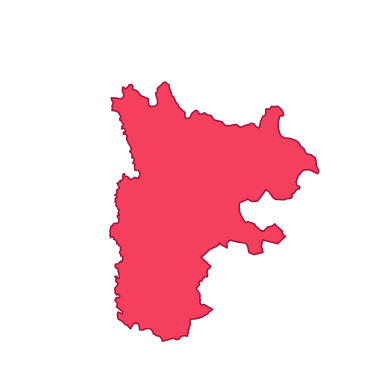 outline of Mouhoun, Mou Houn, Burkina Faso, rotated 332°
{"feature_id": "67063806B95698273817509", "entity_name": "Mouhoun", "entity_type": "district", "adm_level": 2, "iso_a3": "BFA", "parent_name": "Burkina Faso", "parent_adm1": "Mou Houn", "projection": "natural_earth1", "projection_center": [-3.46, 12.237], "detail": "fine", "context": "isolated", "style": "filled", "palette": "rose", "viewbox_px": 384, "rotation_deg": 332, "n_neighbors": 0, "source": "geoboundaries", "source_scale": "gbopen_adm2", "svg_char_len": 6019}
<svg xmlns="http://www.w3.org/2000/svg" viewBox="0 0 384 384"><g transform="rotate(332 192 192)"><path d="M289.7,238.1L287.7,235.4L288.6,231.9L293.3,227.8L299.6,225.1L301.5,225.3L305.9,227.3L311.4,234.7L313.1,233.9L313.9,232.8L314.2,227.1L316.3,222.2L316.7,220.2L316.5,218.8L314.3,214.6L311.3,212.4L310.7,210.3L311.2,206.9L309.6,202.6L309.4,198.5L308.0,195.4L303.8,190.7L299.0,187.6L297.6,185.3L296.8,183.0L298.1,176.3L300.8,170.8L303.6,168.0L304.2,166.5L305.8,166.4L308.1,167.5L309.4,166.6L309.9,162.9L309.6,160.8L308.3,157.1L306.9,155.8L305.1,155.7L302.5,153.8L301.8,153.8L299.5,155.3L297.1,153.7L296.1,153.7L295.5,154.1L294.5,156.5L293.1,158.2L291.5,158.7L289.6,158.5L287.3,160.8L285.9,161.5L282.4,166.1L280.9,166.6L279.3,164.2L278.5,160.7L276.7,159.1L273.6,159.1L270.0,158.0L266.5,158.1L264.2,156.6L263.6,154.3L262.7,153.0L255.9,150.9L253.7,149.7L252.4,148.4L251.5,144.1L245.3,138.7L244.7,133.2L242.0,131.5L240.2,127.9L237.0,127.8L235.7,127.0L235.0,125.2L235.0,123.1L234.2,122.0L232.9,121.7L229.2,122.3L224.6,125.4L222.1,124.6L221.3,123.7L221.1,122.4L223.1,118.4L220.4,111.1L220.7,108.6L219.9,104.3L220.5,99.9L219.4,97.0L220.4,94.0L220.4,91.9L221.2,88.1L222.1,86.7L220.4,83.6L220.0,82.2L216.7,82.2L214.9,83.2L211.5,83.7L210.0,84.3L208.7,87.0L208.1,87.5L206.8,87.3L206.3,87.6L205.3,90.7L204.7,94.5L203.2,97.5L201.8,98.5L199.2,98.8L195.9,97.1L194.8,95.6L195.2,93.3L197.2,89.0L192.3,83.2L190.9,76.8L188.1,73.5L188.1,72.6L189.6,70.7L189.1,68.7L187.0,67.8L185.4,69.0L181.7,69.6L181.3,69.3L180.9,67.5L180.3,66.9L178.3,69.1L177.6,73.0L176.9,74.9L174.8,76.6L172.5,76.1L167.8,72.4L166.4,72.1L165.1,71.0L164.3,72.8L164.4,76.3L163.3,77.0L162.7,78.2L161.7,78.4L160.7,81.1L159.6,82.3L159.8,82.8L161.4,83.4L164.6,87.1L164.2,88.9L164.7,91.3L164.5,92.0L162.4,93.5L162.1,94.3L162.1,94.9L162.9,95.8L162.7,97.3L163.3,100.3L161.0,101.1L159.5,103.2L159.8,103.6L160.5,103.2L161.3,103.4L162.1,104.6L162.1,105.9L161.2,107.9L160.8,108.0L160.2,107.1L158.9,107.6L158.7,109.0L160.4,109.9L161.1,111.1L160.9,112.4L160.1,113.0L158.8,115.3L159.1,117.1L158.6,118.6L159.1,123.0L158.6,124.0L158.6,125.8L157.6,126.6L156.4,126.6L155.9,127.2L156.6,128.4L156.7,131.0L156.2,132.1L155.3,132.6L155.0,133.7L156.0,133.9L156.5,134.7L156.1,136.5L154.2,137.8L153.3,139.0L154.8,140.6L153.0,142.6L152.0,145.3L151.9,145.9L154.8,147.9L155.0,149.9L153.7,152.6L151.7,153.8L151.5,154.9L151.1,155.1L148.1,152.0L145.9,152.6L143.6,152.3L143.6,151.5L142.7,150.8L142.8,149.3L141.9,147.6L141.3,147.5L140.4,146.6L140.8,144.3L139.9,143.7L138.3,145.3L137.9,146.6L136.5,148.4L135.3,148.6L134.0,148.1L134.1,148.7L133.5,149.4L132.3,148.9L129.9,149.3L130.2,150.2L129.6,152.4L130.0,154.1L129.8,154.4L126.7,154.8L125.7,155.9L125.9,157.3L125.2,157.5L124.7,158.2L123.2,158.1L122.4,158.5L123.3,159.6L123.6,160.7L122.8,161.8L121.7,161.4L121.0,161.8L120.7,163.5L119.4,164.4L119.9,165.8L119.8,166.5L118.4,168.2L119.0,170.5L118.5,172.2L119.1,172.8L119.3,173.7L116.7,176.0L117.1,178.0L116.9,178.7L115.6,177.8L114.7,178.1L114.4,179.7L115.1,181.0L113.7,183.3L112.6,184.5L110.2,184.1L108.5,183.1L107.3,183.4L106.3,184.4L104.3,184.2L100.7,188.7L100.5,191.0L99.1,191.5L98.7,194.0L99.9,193.9L101.4,195.3L100.7,196.7L102.4,199.5L101.3,202.2L102.2,202.8L102.2,204.4L103.2,206.6L103.2,207.2L102.1,208.3L102.3,209.5L100.3,210.6L99.4,211.9L99.9,214.1L99.0,214.9L100.4,216.3L100.5,217.2L99.4,218.0L98.7,219.8L97.2,221.0L96.6,220.5L97.0,219.8L96.7,219.5L93.1,220.7L90.4,219.8L89.5,220.9L89.1,222.2L89.3,223.9L90.7,224.8L89.6,227.3L88.3,232.5L87.4,233.5L86.3,233.5L85.8,232.7L85.9,231.3L85.5,230.6L84.2,230.6L84.6,231.8L84.4,232.9L82.6,235.3L83.8,237.3L83.7,237.7L82.2,239.4L79.0,240.5L78.1,241.6L78.0,243.0L76.7,244.9L76.9,247.2L77.5,247.7L78.7,247.4L79.3,247.7L79.1,249.0L79.4,249.9L77.9,251.2L77.2,251.0L76.4,249.9L74.9,249.9L73.0,251.7L74.0,255.7L73.0,256.1L72.4,257.5L71.3,258.1L72.0,258.9L72.6,261.2L73.4,262.1L73.7,263.5L74.6,264.4L74.6,265.2L72.9,266.8L71.5,264.3L70.2,263.3L68.7,264.9L67.3,268.3L67.3,269.9L69.4,272.8L70.9,277.9L72.6,279.6L72.5,280.7L73.3,283.5L74.2,283.7L75.9,282.1L76.7,282.0L77.9,281.0L80.3,281.1L81.0,281.8L81.7,281.7L82.5,283.3L82.6,285.0L81.2,288.4L81.3,289.4L84.1,290.9L86.5,290.9L90.9,292.9L91.9,297.2L91.2,299.0L92.7,300.9L93.0,302.0L95.7,304.1L96.4,307.7L95.7,309.7L102.4,311.5L105.5,311.8L107.7,313.2L108.8,315.0L110.1,315.5L111.8,315.7L113.4,314.7L115.7,314.6L118.7,315.7L120.0,317.1L120.4,317.0L121.4,315.5L122.8,314.6L123.8,312.4L125.2,311.5L126.0,310.2L128.3,308.2L128.9,306.3L130.8,303.5L136.2,305.9L141.9,307.1L149.3,306.8L151.5,305.4L152.8,305.9L153.6,305.3L154.8,305.5L154.8,304.3L152.4,301.6L152.2,300.4L150.5,298.6L150.4,297.5L149.5,296.7L148.3,296.7L146.9,295.6L147.5,292.4L148.7,291.1L149.4,288.5L150.3,287.7L150.9,286.0L151.0,284.9L150.7,283.5L151.0,282.6L150.2,280.1L151.4,278.6L152.4,278.7L152.8,278.1L154.6,277.8L154.9,276.9L155.8,276.1L155.9,274.9L157.2,274.4L158.9,275.2L160.7,273.6L161.9,273.6L163.5,272.9L165.8,274.0L166.3,272.8L167.0,272.6L167.3,270.8L168.9,267.9L172.3,267.3L173.8,265.7L172.6,264.1L172.0,261.2L169.4,254.1L180.7,251.1L188.5,251.5L191.1,250.8L192.1,250.0L192.5,251.4L196.6,257.7L197.6,256.5L198.4,254.0L199.2,253.3L202.2,252.5L204.2,253.0L204.7,253.9L209.7,258.3L215.1,262.2L215.8,264.6L215.7,266.2L213.9,271.8L215.4,274.4L216.5,275.0L217.0,276.2L222.6,277.8L226.3,278.5L227.5,274.7L227.3,272.8L232.0,267.6L243.3,277.8L253.6,275.2L252.5,272.0L252.8,269.9L253.3,268.9L253.1,267.6L250.8,262.3L250.1,259.0L246.2,259.8L245.2,259.1L244.2,259.2L242.7,258.3L240.8,259.1L237.9,259.7L237.1,260.3L235.7,258.9L235.1,259.1L234.2,257.4L231.8,250.4L231.6,249.8L232.2,249.8L232.0,249.5L230.9,247.9L228.6,245.9L227.6,244.3L225.6,244.4L224.7,243.4L224.3,236.1L224.8,231.5L227.6,225.7L228.5,224.4L229.3,223.9L236.0,224.5L237.7,224.0L239.5,227.2L241.0,229.0L246.0,230.8L258.1,224.8L260.0,227.7L261.0,235.6L262.4,237.8L269.9,242.3L272.8,242.4L274.9,243.5L277.0,243.9L278.4,243.0L278.9,240.9L279.8,241.2L281.0,240.7L282.1,240.8L284.0,239.6L287.7,238.7L288.1,238.9L288.1,239.5L289.7,238.1Z" fill="#f43f5e" stroke="#9f1239" stroke-width="1.5"/></g></svg>